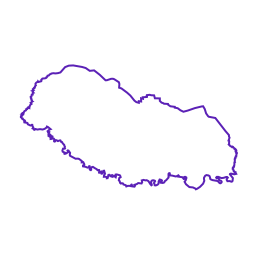 Krasang, Buri Ram, Thailand (Natural Earth projection), rotated 83°
{"feature_id": "78962969B46029670313066", "entity_name": "Krasang", "entity_type": "district", "adm_level": 2, "iso_a3": "THA", "parent_name": "Thailand", "parent_adm1": "Buri Ram", "projection": "natural_earth1", "projection_center": [103.326, 14.943], "detail": "fine", "context": "isolated", "style": "outline", "palette": "violet", "viewbox_px": 256, "rotation_deg": 83, "n_neighbors": 0, "source": "geoboundaries", "source_scale": "gbopen_adm2", "svg_char_len": 5880}
<svg xmlns="http://www.w3.org/2000/svg" viewBox="0 0 256 256"><g transform="rotate(83 128 128)"><path d="M71.8,149.5L66.7,154.6L66.6,159.0L63.3,162.7L61.8,166.2L59.2,174.8L58.9,179.2L59.9,183.0L64.6,188.3L65.0,190.8L65.0,193.3L64.5,195.5L64.6,197.5L65.1,198.2L65.2,199.1L66.2,200.2L66.3,201.5L67.1,201.8L67.7,202.8L68.0,202.7L68.3,203.1L68.6,204.3L68.5,206.9L69.6,208.2L70.5,208.1L71.0,208.4L71.4,211.1L70.9,211.5L71.3,211.6L71.2,212.3L71.9,213.6L72.7,214.4L74.1,214.5L74.5,214.3L75.4,215.4L75.9,215.3L76.9,215.8L77.0,216.0L76.9,216.6L77.6,216.8L77.8,217.7L79.0,217.9L79.2,217.6L79.4,218.2L79.7,217.6L80.5,218.1L81.3,217.6L81.3,218.2L83.2,218.5L83.2,219.5L84.9,220.0L85.2,220.8L86.3,220.8L86.8,220.3L87.4,220.6L88.0,220.3L88.5,220.4L88.9,219.9L89.9,220.1L90.1,219.7L91.0,221.4L91.6,220.9L92.4,220.8L92.6,221.2L92.5,221.7L94.5,223.1L95.0,223.0L95.4,223.4L95.3,223.9L96.2,223.7L95.8,225.1L96.2,225.7L96.9,225.8L97.0,226.7L97.3,226.6L98.1,227.2L98.5,228.5L98.8,228.9L99.6,229.3L100.1,228.9L99.8,229.5L100.0,229.6L100.1,230.2L100.6,230.1L100.4,230.9L100.8,231.7L101.2,231.6L101.1,230.5L101.9,230.5L102.0,230.8L101.6,231.6L102.1,231.7L102.2,232.2L102.9,231.7L103.6,232.3L103.2,232.5L103.5,232.9L104.3,233.0L105.0,232.2L105.7,232.1L105.9,231.3L106.5,231.3L108.1,229.4L108.9,229.3L108.9,230.2L109.8,230.2L110.6,227.5L111.0,227.1L112.1,227.0L113.6,224.6L113.6,224.0L113.1,223.1L113.2,222.6L114.7,222.5L115.9,221.9L116.8,222.7L117.2,222.0L118.4,221.3L118.4,221.0L117.7,220.8L117.7,220.0L118.5,218.1L118.4,215.5L119.1,212.9L118.7,210.8L117.9,209.4L117.5,207.9L117.3,207.8L117.1,208.5L116.7,208.3L117.4,207.2L119.7,205.0L119.9,205.9L121.4,208.2L122.4,207.9L122.0,207.4L122.4,206.6L124.5,207.6L125.0,206.1L125.3,205.9L125.7,206.6L125.7,207.6L126.1,207.9L127.0,206.9L126.8,204.6L127.2,204.0L128.3,204.5L128.5,206.1L129.5,206.2L129.5,204.8L128.8,204.2L129.4,203.0L130.0,202.6L132.2,203.0L132.5,202.7L132.4,202.1L131.4,202.1L131.1,201.9L131.5,200.2L132.3,199.6L132.5,199.1L132.0,197.5L132.1,196.6L133.7,196.0L134.0,195.1L135.3,194.7L136.9,193.4L137.8,193.4L138.7,192.9L140.0,193.3L140.5,193.0L140.8,193.3L140.6,195.0L142.5,195.9L143.6,195.7L144.8,193.6L145.3,194.3L145.9,194.2L145.9,193.0L144.8,190.5L144.0,190.2L143.2,190.8L142.9,190.4L143.2,189.8L145.6,188.5L147.7,189.1L148.5,188.9L152.1,183.8L152.3,181.4L152.8,180.3L155.0,178.0L156.3,178.1L156.0,177.3L156.4,176.6L157.2,176.6L157.7,176.0L159.0,175.8L159.3,176.0L159.7,177.2L160.6,177.3L161.3,174.9L162.4,173.0L162.2,171.8L161.2,171.3L161.2,170.8L162.2,170.6L164.0,171.1L165.2,170.5L165.3,170.0L164.9,169.6L164.0,169.7L162.5,168.8L162.3,167.6L164.3,165.2L165.0,164.1L166.2,163.4L166.3,162.9L166.1,162.2L166.2,161.8L167.4,161.7L168.5,162.2L168.9,162.1L168.9,161.4L167.9,159.8L167.9,159.5L168.6,159.4L169.8,160.0L170.1,159.9L170.1,159.2L168.5,157.5L167.5,157.4L167.5,156.9L170.6,156.4L171.9,157.5L173.5,157.9L173.6,156.5L174.2,154.9L175.3,155.1L175.3,154.4L174.1,154.1L174.0,153.6L173.2,153.2L172.5,153.4L172.1,152.5L172.9,151.8L172.9,149.9L174.0,150.6L174.6,149.4L174.5,148.8L173.7,147.8L173.7,147.4L174.4,147.2L175.4,146.2L174.7,145.9L172.7,145.8L172.7,144.9L173.9,141.9L174.7,141.5L175.9,141.3L176.6,142.8L178.9,143.5L179.8,142.7L181.4,142.6L182.3,141.8L182.0,140.8L182.5,139.7L183.5,139.4L184.5,137.2L185.8,136.8L185.4,135.2L185.6,133.5L186.1,132.1L184.7,131.7L184.6,131.3L186.6,130.4L187.0,128.7L186.2,128.1L185.2,128.5L184.7,126.0L183.9,124.6L184.7,121.3L183.5,120.5L181.7,120.7L181.4,118.9L182.1,117.2L182.1,115.8L183.2,114.2L186.4,112.7L187.7,111.8L187.4,111.3L184.5,111.8L183.2,110.9L182.9,109.5L183.4,108.1L183.7,107.7L184.1,107.6L185.5,108.8L186.0,108.9L187.0,108.5L188.1,108.5L188.4,107.4L187.9,105.6L186.9,104.4L184.8,104.1L183.0,102.9L183.4,101.7L184.2,100.7L184.7,100.8L185.5,102.2L186.3,102.1L186.8,100.1L186.4,98.6L185.3,98.0L184.5,96.5L182.1,93.8L178.5,93.4L177.8,92.6L178.0,92.1L180.2,92.0L180.6,90.0L181.9,86.6L181.8,85.5L181.1,83.8L181.7,83.4L182.4,83.9L183.5,80.0L185.4,78.9L185.3,77.6L184.2,78.3L183.5,78.1L183.4,77.3L184.1,76.2L184.7,76.1L186.9,77.1L188.3,78.4L190.9,77.3L194.1,74.3L194.9,70.8L196.4,68.4L197.1,68.1L196.7,66.7L195.2,63.7L192.4,60.2L189.7,58.7L187.6,58.8L186.6,58.6L184.8,57.2L184.3,55.9L184.9,53.9L185.6,53.0L187.0,52.6L188.5,52.6L189.1,52.1L190.0,50.5L191.4,45.9L192.1,45.0L193.6,44.0L194.1,43.3L194.1,42.8L193.6,42.0L193.0,41.6L192.5,41.6L191.9,42.0L190.8,43.7L188.9,44.3L188.7,46.2L187.9,46.5L187.3,45.8L187.5,44.3L189.1,41.4L189.1,39.2L188.6,36.5L188.7,35.6L189.4,35.0L190.9,36.3L191.7,36.3L192.9,35.8L193.1,33.4L193.9,32.0L193.7,31.0L193.0,30.6L190.5,30.0L186.4,32.5L186.0,32.3L185.8,31.3L186.9,28.2L186.7,26.2L186.2,26.4L186.0,26.9L185.2,26.8L185.3,27.2L184.8,27.4L184.0,28.3L183.6,28.3L183.7,28.0L183.0,28.5L182.0,28.5L181.4,29.1L180.2,28.8L180.1,28.3L179.8,28.2L179.8,27.8L179.1,27.4L178.7,27.6L177.9,27.0L175.4,26.6L175.2,26.3L175.0,26.5L173.8,25.9L172.4,26.0L171.8,25.5L171.3,25.7L170.3,25.1L170.4,24.8L169.5,24.6L169.4,24.1L168.8,24.2L168.5,23.8L167.3,23.6L166.4,23.0L165.9,23.0L165.7,23.7L164.9,23.5L164.6,23.9L163.9,23.4L163.6,23.9L163.0,23.5L162.3,24.2L162.1,23.9L161.7,24.2L161.5,25.0L161.0,25.0L160.2,25.7L159.9,26.6L159.4,26.3L159.1,26.7L159.0,27.7L158.5,28.6L156.8,29.9L156.6,29.5L155.5,29.6L153.8,29.2L152.7,29.3L152.6,29.7L150.0,28.4L148.7,28.8L147.3,28.7L143.0,31.6L128.7,40.1L126.7,46.4L126.0,47.1L123.0,48.7L118.6,49.5L115.6,50.8L115.6,52.4L116.4,59.2L118.0,66.6L118.6,71.0L116.8,73.8L114.4,76.3L113.5,79.1L112.7,79.0L111.6,83.3L109.8,85.3L109.0,85.4L108.3,89.3L107.6,90.1L106.9,91.6L105.0,93.1L102.5,92.8L101.8,97.7L98.8,98.1L98.3,101.0L97.7,102.4L97.7,105.2L98.8,105.3L98.9,105.8L99.5,105.7L99.3,109.6L100.8,109.6L100.1,111.4L103.3,111.7L102.7,114.0L104.3,114.2L103.3,116.6L101.6,118.3L96.1,121.7L92.8,124.6L87.9,129.7L86.9,131.9L83.3,131.2L81.4,131.5L77.9,135.7L77.3,136.9L77.1,138.7L78.0,143.1L77.9,144.5L71.8,149.5Z" fill="none" stroke="#5b21b6" stroke-width="2"/></g></svg>